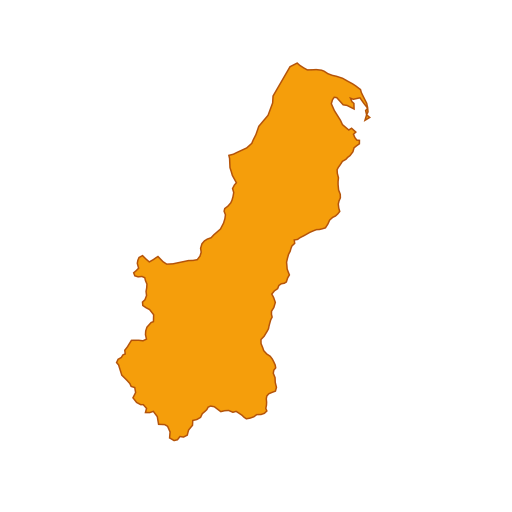 Eldorado do Sul, Rio Grande do Sul, Brazil, rotated 323°
{"feature_id": "56859067B84747380986217", "entity_name": "Eldorado do Sul", "entity_type": "district", "adm_level": 2, "iso_a3": "BRA", "parent_name": "Brazil", "parent_adm1": "Rio Grande do Sul", "projection": "robinson", "projection_center": [-51.49, -30.081], "detail": "fine", "context": "isolated", "style": "filled", "palette": "amber", "viewbox_px": 512, "rotation_deg": 323, "n_neighbors": 0, "source": "geoboundaries", "source_scale": "gbopen_adm2", "svg_char_len": 3641}
<svg xmlns="http://www.w3.org/2000/svg" viewBox="0 0 512 512"><g transform="rotate(323 256 256)"><path d="M89.2,357.0L93.3,357.7L95.5,355.9L97.5,354.4L100.7,353.6L103.4,353.0L106.5,349.3L110.4,351.0L114.6,351.5L118.2,349.6L121.6,349.4L124.2,349.1L126.8,347.9L129.4,348.5L132.0,351.3L134.2,359.1L137.9,360.7L141.2,362.9L143.5,366.9L146.6,368.1L147.6,370.7L149.0,374.8L149.4,377.5L150.3,380.2L153.7,381.9L157.5,383.1L161.1,383.1L164.6,385.6L168.0,386.7L171.4,386.3L172.1,383.6L174.6,381.4L176.5,379.1L178.3,376.2L180.4,374.3L183.3,373.7L186.8,374.6L190.2,375.6L193.3,373.2L195.3,368.5L198.0,364.6L199.2,360.1L201.5,357.9L204.4,357.2L205.7,354.7L206.4,351.6L207.0,348.2L207.0,344.6L205.6,340.7L205.2,336.2L206.2,333.2L207.3,329.0L209.7,325.7L214.1,325.0L217.1,323.8L219.4,322.9L222.2,321.6L224.2,319.8L226.6,317.9L229.4,315.8L232.1,314.5L233.3,311.8L235.2,309.4L239.2,307.9L243.5,304.7L245.1,299.7L245.7,295.9L249.8,294.9L253.6,295.1L256.5,293.3L259.5,293.4L262.2,294.8L264.6,295.0L268.0,292.6L271.3,291.2L272.2,287.9L273.0,285.2L274.9,282.2L276.7,279.3L279.8,276.7L283.1,274.2L286.1,272.8L288.3,271.1L290.7,269.6L294.5,269.2L296.2,266.2L299.2,267.8L301.8,267.8L307.7,268.8L313.2,269.5L317.3,270.5L320.1,271.3L322.6,273.0L325.4,274.2L328.4,275.3L332.7,273.7L336.5,271.6L340.5,271.3L343.6,271.9L346.6,271.6L349.7,270.8L350.9,267.6L353.0,264.0L355.4,262.0L358.4,260.3L360.4,257.5L361.7,253.0L364.5,248.4L366.3,246.0L368.9,243.2L370.7,238.9L372.7,235.9L375.0,234.8L377.9,233.9L382.0,232.4L386.0,232.9L388.6,232.4L391.5,232.4L396.1,231.1L399.4,228.6L403.1,228.5L406.1,228.6L408.2,225.9L406.3,224.2L406.2,220.9L407.1,217.4L410.3,217.1L409.2,211.5L405.9,211.2L404.1,203.1L405.1,198.5L406.1,186.9L407.8,179.7L411.2,177.2L414.0,176.3L415.8,178.1L416.6,187.7L419.3,190.5L422.8,197.6L426.0,193.1L425.5,190.4L426.4,186.8L428.0,189.4L434.2,192.2L434.0,198.6L434.1,205.2L436.3,200.7L437.2,195.6L437.9,191.8L438.5,188.8L439.6,186.0L438.1,180.5L436.8,176.8L434.3,171.3L432.1,166.2L428.4,160.9L425.6,157.6L423.1,153.6L421.6,149.4L420.1,147.0L416.3,143.4L412.9,141.1L409.0,138.3L407.3,134.5L405.6,129.8L405.0,126.7L397.1,125.3L365.9,138.5L361.4,143.8L350.3,150.9L336.3,154.1L329.0,159.0L323.7,161.6L320.4,163.5L313.6,164.1L308.5,163.0L302.9,161.8L299.2,161.1L294.9,159.3L293.6,162.2L288.4,169.8L287.0,173.8L285.6,177.5L285.0,181.7L284.4,185.7L281.5,186.3L277.9,188.0L276.4,191.9L273.3,194.8L270.4,197.0L267.8,198.4L263.5,199.3L259.6,199.3L257.5,201.0L256.4,204.7L253.6,207.5L249.9,210.2L243.8,213.1L235.1,213.7L231.1,214.4L227.3,213.2L223.9,212.9L220.2,213.7L216.4,216.5L214.5,220.0L211.2,222.4L206.9,223.6L203.1,221.7L199.3,219.0L195.0,217.0L189.3,214.3L185.0,212.3L179.8,208.8L178.3,204.6L177.4,197.4L174.9,197.2L171.8,197.1L167.2,196.5L166.3,192.2L165.6,187.4L161.7,186.8L159.1,188.3L156.8,190.4L154.9,195.1L151.5,195.6L148.2,195.8L147.3,198.9L149.3,201.7L152.6,203.7L154.1,206.4L152.9,209.2L152.0,212.8L149.5,215.7L146.9,218.1L144.8,221.7L141.0,224.1L137.6,224.5L135.8,227.4L137.0,231.0L138.8,234.8L138.9,241.3L134.6,246.7L132.2,246.0L126.1,247.2L122.8,249.5L120.4,252.3L118.5,256.5L114.7,255.7L111.6,252.7L105.8,248.4L101.6,250.0L98.6,251.2L94.5,252.3L92.6,255.5L90.2,254.9L87.4,256.0L83.7,255.5L80.5,257.2L80.7,260.3L77.1,270.4L78.1,277.5L78.5,281.9L77.8,285.0L80.0,288.1L77.7,292.6L72.4,295.2L72.5,301.1L74.5,305.4L76.5,306.9L76.9,311.8L73.5,314.5L76.9,317.1L80.5,318.3L80.5,324.9L76.9,331.8L81.6,335.7L82.9,338.8L81.5,344.8L77.5,349.3L79.5,354.1L82.7,355.5L86.6,354.4L89.2,357.0ZM429.3,209.8L424.7,213.2L430.2,213.8L429.3,209.8ZM429.3,209.8L432.2,208.3L434.1,205.2L431.1,205.8L429.3,209.8Z" fill="#f59e0b" stroke="#b45309" stroke-width="1.5"/></g></svg>